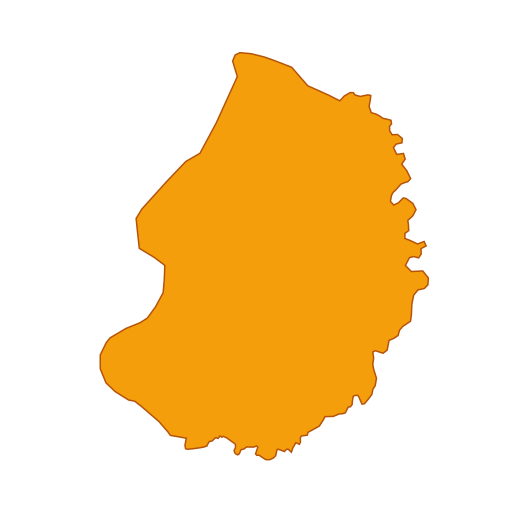 Kwali, Federal Capital Territory, Nigeria (Robinson projection), rotated 172°
{"feature_id": "59680162B82021418174103", "entity_name": "Kwali", "entity_type": "district", "adm_level": 2, "iso_a3": "NGA", "parent_name": "Nigeria", "parent_adm1": "Federal Capital Territory", "projection": "robinson", "projection_center": [6.945, 8.73], "detail": "fine", "context": "isolated", "style": "filled", "palette": "amber", "viewbox_px": 512, "rotation_deg": 172, "n_neighbors": 0, "source": "geoboundaries", "source_scale": "gbopen_adm2", "svg_char_len": 2556}
<svg xmlns="http://www.w3.org/2000/svg" viewBox="0 0 512 512"><g transform="rotate(172 256 256)"><path d="M352.7,78.4L352.6,75.0L350.9,74.2L345.4,73.9L338.5,73.9L338.4,73.9L335.2,74.0L334.1,74.1L331.0,74.7L330.9,75.2L328.2,78.7L325.1,79.0L321.4,81.7L318.8,80.7L316.7,82.8L315.0,81.3L313.4,82.0L310.0,79.7L306.2,76.0L302.9,72.9L302.6,71.1L303.2,68.7L304.7,66.6L304.5,64.4L303.4,62.6L301.7,61.6L300.1,62.4L297.8,66.3L295.0,66.5L291.8,68.2L285.1,67.1L281.7,67.8L280.8,66.2L281.4,65.3L284.0,60.0L282.9,58.5L280.7,58.3L274.7,53.0L270.8,52.4L267.0,53.5L264.3,55.5L262.3,61.0L261.2,61.7L255.0,58.4L252.8,60.3L251.0,60.2L248.3,56.8L246.3,60.7L242.5,65.6L239.2,63.5L237.9,65.5L237.3,70.1L236.1,71.5L230.2,71.4L229.1,74.1L216.9,78.8L211.9,84.6L210.4,86.9L210.0,87.3L201.7,86.4L195.7,88.0L191.9,87.8L189.3,88.3L185.7,93.6L183.6,93.5L181.5,95.5L180.6,99.4L179.2,103.6L177.3,104.1L174.6,103.9L173.6,101.6L171.7,94.6L169.2,94.6L164.7,98.6L160.6,102.7L158.7,107.9L156.0,111.0L153.7,118.2L155.1,126.5L155.5,132.2L153.7,138.4L153.7,144.6L151.0,145.6L143.7,142.0L139.2,144.6L136.0,153.9L130.7,155.4L126.4,157.5L124.1,162.7L120.5,165.8L112.1,169.9L110.3,176.1L108.4,186.5L105.3,195.3L100.3,199.9L93.9,200.4L89.8,203.5L88.4,210.3L93.0,218.0L104.3,219.0L109.4,225.8L104.3,233.0L99.8,233.5L95.2,231.5L92.1,235.1L91.6,240.3L86.1,242.3L87.5,247.0L94.3,245.4L100.7,249.6L106.2,252.7L105.3,257.8L101.2,259.9L100.7,266.1L100.7,270.2L95.2,273.9L91.1,279.6L93.4,286.3L99.3,292.0L102.1,293.0L107.5,288.9L112.5,287.3L115.3,291.4L113.4,297.1L111.6,299.7L108.0,302.3L102.5,307.0L98.4,308.0L95.2,308.5L92.1,311.1L94.8,319.4L98.9,326.6L94.8,331.3L95.7,337.0L102.5,337.0L104.8,344.2L101.6,347.3L95.7,347.8L94.8,352.0L98.9,356.6L104.3,357.1L106.2,361.3L105.7,365.9L103.4,368.0L103.4,371.6L107.1,373.2L111.2,374.7L113.9,377.3L117.5,379.9L121.9,381.9L123.2,388.2L120.9,395.4L120.0,399.0L122.8,400.0L130.5,399.5L135.5,401.6L136.9,404.2L140.1,404.7L146.4,402.1L151.4,398.0L156.9,401.8L160.8,404.6L181.1,417.4L194.4,437.9L211.2,447.3L220.3,452.0L225.7,454.2L232.7,457.0L243.6,459.6L248.6,458.0L252.0,452.3L251.2,447.0L249.5,436.3L276.7,393.5L297.2,365.5L312.3,359.4L334.2,342.1L362.6,318.3L369.5,309.8L369.9,299.2L370.5,279.8L357.1,268.9L347.6,259.4L348.2,256.1L348.6,253.8L350.3,244.4L353.1,232.5L362.6,219.6L372.2,209.7L379.9,206.1L394.3,202.5L394.5,202.5L411.8,195.3L416.3,191.1L424.0,179.7L424.9,173.4L425.9,165.8L422.2,151.3L414.5,141.5L402.2,131.1L396.3,129.1L390.8,123.4L375.3,105.8L367.6,93.9L365.8,90.3L350.4,85.3L352.7,78.4Z" fill="#f59e0b" stroke="#b45309" stroke-width="1.5"/></g></svg>